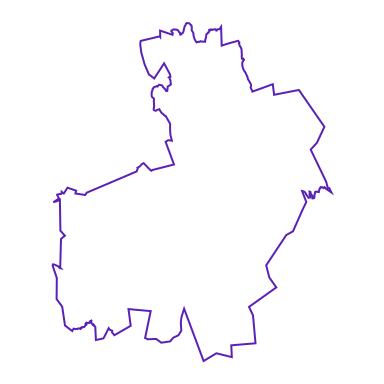 Nazas, Durango, Mexico (Robinson projection)
{"feature_id": "50627088B88320866521815", "entity_name": "Nazas", "entity_type": "district", "adm_level": 2, "iso_a3": "MEX", "parent_name": "Mexico", "parent_adm1": "Durango", "projection": "robinson", "projection_center": [-104.102, 25.271], "detail": "fine", "context": "isolated", "style": "outline", "palette": "violet", "viewbox_px": 384, "rotation_deg": 0, "n_neighbors": 0, "source": "geoboundaries", "source_scale": "gbopen_adm2", "svg_char_len": 5613}
<svg xmlns="http://www.w3.org/2000/svg" viewBox="0 0 384 384"><path d="M331.4,192.5L329.3,188.1L327.7,187.7L326.2,181.8L310.7,149.6L316.9,142.8L324.4,126.8L298.9,90.0L293.5,91.0L274.1,94.8L272.8,84.2L252.4,91.6L252.3,91.0L251.0,88.4L250.7,87.6L250.6,87.0L250.9,86.6L251.1,86.0L251.1,85.1L250.8,84.0L247.9,79.0L247.7,78.3L247.4,76.7L247.0,76.2L246.9,75.7L246.5,74.9L245.9,73.5L245.2,72.2L244.8,71.8L243.6,69.9L242.4,66.2L242.4,64.8L242.2,64.1L242.4,62.6L242.4,62.0L242.5,61.8L243.0,61.4L243.3,60.6L243.9,60.1L244.0,59.8L243.8,59.4L243.1,58.7L242.8,59.0L242.4,59.0L242.2,59.0L241.9,58.5L241.7,57.1L241.8,54.9L241.9,54.2L241.7,53.7L241.7,52.7L241.5,49.0L240.8,47.6L240.7,47.2L239.8,45.9L239.4,44.6L239.0,43.8L238.9,43.4L239.0,43.2L239.4,42.7L238.2,40.8L228.9,43.3L221.7,45.6L221.1,26.8L219.6,29.1L219.2,29.2L217.7,29.3L216.8,30.1L216.7,30.5L216.2,30.5L216.0,30.0L216.0,29.8L215.9,29.5L215.5,29.3L213.6,29.4L213.1,29.5L212.8,29.8L212.4,29.9L212.2,29.7L211.6,29.7L211.2,29.5L211.1,29.9L211.0,30.0L210.6,30.0L210.2,29.9L209.7,30.0L209.3,29.8L209.2,29.8L209.1,30.0L209.3,30.8L209.4,31.5L208.6,32.4L208.3,32.3L207.9,32.9L207.6,33.5L206.8,33.7L206.4,34.4L205.9,37.8L205.7,38.2L205.5,39.3L205.3,39.6L205.2,41.2L205.0,41.8L204.3,41.5L203.6,41.7L202.7,41.6L202.3,41.5L201.3,41.6L200.6,41.2L200.4,41.2L199.6,41.8L198.9,41.7L198.2,42.0L197.6,42.0L197.0,42.3L196.7,42.4L196.1,41.9L196.0,41.5L195.1,40.1L194.6,39.1L193.6,35.9L193.4,34.4L193.5,34.1L193.3,33.0L191.9,30.5L191.7,30.3L191.8,30.0L191.7,29.6L191.8,27.6L191.7,26.5L191.4,25.9L191.5,25.4L189.7,23.9L189.4,23.4L188.9,23.2L187.6,23.2L187.1,23.0L186.4,23.2L186.0,23.7L185.8,24.0L185.6,24.9L185.4,25.4L184.9,26.0L184.5,26.9L184.2,28.3L183.8,29.4L183.8,30.2L183.1,32.5L182.4,33.3L182.2,33.3L181.6,33.5L181.5,33.8L181.4,33.8L180.7,34.7L180.2,34.6L180.1,34.1L179.9,32.8L179.5,32.3L179.0,32.0L178.6,31.5L178.4,30.8L178.4,30.7L178.0,30.3L176.7,29.7L173.7,29.4L172.8,29.8L172.3,30.2L171.5,30.5L171.3,30.8L171.3,31.3L172.7,33.0L172.8,33.2L172.8,33.6L172.5,34.8L160.1,30.6L160.2,37.1L159.6,36.4L140.7,40.9L140.3,43.0L140.3,44.9L141.3,52.5L144.6,64.4L149.1,74.8L150.6,75.6L154.2,78.5L164.1,63.3L170.0,74.4L170.1,75.0L170.3,76.1L170.5,76.8L170.4,76.9L170.0,76.7L169.7,77.1L169.2,77.1L168.9,77.4L169.6,77.7L169.6,78.3L169.7,78.8L170.4,80.0L170.4,80.3L170.5,80.4L170.6,81.1L170.5,82.3L171.0,84.0L170.7,84.7L167.7,86.5L167.5,89.0L167.3,90.4L167.2,90.3L166.3,91.0L166.0,90.9L165.5,89.5L164.6,88.8L164.0,88.0L163.4,87.5L163.0,87.1L162.7,86.3L162.3,86.0L161.9,85.4L160.4,85.0L158.9,84.8L158.5,85.3L158.3,85.6L157.5,86.5L156.8,86.1L155.7,86.7L155.0,86.8L154.6,86.8L153.8,87.4L153.5,88.0L153.1,88.2L153.0,88.7L152.6,89.0L152.3,90.7L152.0,91.2L151.9,91.5L151.6,93.6L151.7,94.4L151.6,95.1L151.8,96.3L152.0,97.0L152.5,97.5L153.0,97.8L153.5,98.3L153.9,98.6L154.0,99.0L154.0,99.8L153.7,101.2L154.0,102.7L154.1,103.7L154.0,105.0L154.2,105.6L153.7,108.8L153.7,109.8L154.0,110.1L155.4,110.8L155.9,110.7L157.1,110.0L159.3,109.2L160.9,112.0L162.4,113.7L163.4,114.2L164.1,115.2L165.0,115.8L165.7,116.0L170.1,123.8L170.1,129.6L170.4,134.9L171.9,140.7L168.2,140.2L165.6,141.8L174.0,164.5L152.4,170.0L151.5,170.8L150.1,169.8L143.6,163.1L141.7,164.3L139.9,166.3L137.4,167.8L137.7,168.6L136.7,171.4L86.7,192.7L85.2,195.0L75.4,193.5L76.2,190.7L67.5,187.7L63.8,193.5L61.7,191.8L61.7,192.1L61.6,192.4L61.6,192.5L61.4,193.2L61.4,193.7L61.3,193.9L61.1,194.0L59.1,194.1L58.7,194.2L58.2,194.5L57.1,194.6L57.0,194.8L57.9,196.4L59.0,198.4L53.3,202.3L59.0,200.4L59.9,199.9L60.4,230.7L64.9,235.7L61.0,238.9L60.2,267.8L60.7,268.3L60.2,268.2L59.5,267.9L59.1,267.4L58.7,266.8L57.7,266.0L56.1,265.4L54.2,264.5L52.9,264.4L52.6,265.5L56.8,278.0L56.6,299.1L62.2,306.7L65.0,325.5L72.2,331.0L72.7,330.0L73.0,329.7L73.5,328.8L73.7,328.6L74.2,328.8L75.4,329.1L76.6,328.9L77.3,329.1L77.9,328.6L78.4,328.4L79.2,328.4L80.3,329.0L81.1,328.5L81.0,328.2L81.3,328.0L81.1,327.6L81.8,327.2L82.1,327.3L82.4,327.1L82.6,327.2L83.1,327.2L83.8,327.0L84.3,326.9L84.7,326.4L84.9,326.1L85.4,325.0L86.1,325.0L86.4,324.7L86.5,324.3L86.3,323.9L85.9,323.9L85.7,323.6L85.9,323.3L86.0,322.9L86.7,322.7L87.6,322.9L88.7,322.8L89.3,323.0L89.4,322.9L89.5,322.4L89.8,322.4L90.1,322.1L90.0,321.8L90.3,321.0L90.6,321.0L91.4,320.5L91.5,320.6L91.2,321.9L91.4,322.4L91.3,322.6L91.4,323.0L92.8,324.8L93.0,324.7L93.3,324.3L93.5,324.4L94.3,325.6L94.3,325.8L94.2,325.9L94.2,326.1L94.9,326.4L95.0,326.7L95.3,327.0L95.9,340.0L103.4,338.4L104.2,337.0L108.7,328.2L109.4,329.2L110.1,329.9L112.2,330.7L112.0,332.3L114.4,335.2L130.7,325.8L128.5,309.1L150.7,311.1L145.1,338.0L147.9,339.3L156.1,338.9L161.3,342.7L170.1,341.4L173.3,337.7L178.5,335.2L181.3,330.6L180.8,322.8L181.4,317.4L184.1,308.7L203.6,361.0L216.4,353.3L231.8,357.1L231.3,345.3L255.5,343.3L253.0,315.3L249.0,306.9L276.3,287.4L269.3,277.5L266.2,265.3L286.3,235.0L293.0,231.3L302.9,209.0L306.3,202.0L302.1,191.0L304.0,191.5L305.3,192.6L306.0,194.0L306.1,194.5L306.6,195.0L308.5,197.8L310.2,197.5L310.0,195.7L309.6,195.1L309.5,194.6L309.7,192.7L309.5,191.6L310.1,191.7L310.5,192.0L310.6,192.7L310.5,193.3L310.6,193.6L311.1,194.0L311.6,194.5L311.9,195.3L312.3,196.8L312.5,198.4L314.0,198.2L314.3,197.6L314.5,196.9L314.2,196.0L314.3,195.5L314.5,195.4L314.6,194.3L314.9,194.0L315.0,192.8L315.3,192.5L315.2,191.9L315.4,191.7L317.0,191.7L318.8,192.1L319.3,189.4L320.0,188.3L320.1,187.8L320.5,187.3L320.8,187.7L321.0,187.7L321.7,187.4L321.8,187.2L322.0,187.2L322.1,187.5L322.3,187.6L322.6,187.7L322.9,187.5L323.2,187.5L323.4,187.7L323.8,187.7L323.7,187.5L323.9,187.5L324.0,187.7L324.3,187.3L324.5,187.2L324.6,187.3L324.5,187.6L325.1,187.7L325.1,188.1L331.4,192.5Z" fill="none" stroke="#5b21b6" stroke-width="2"/></svg>